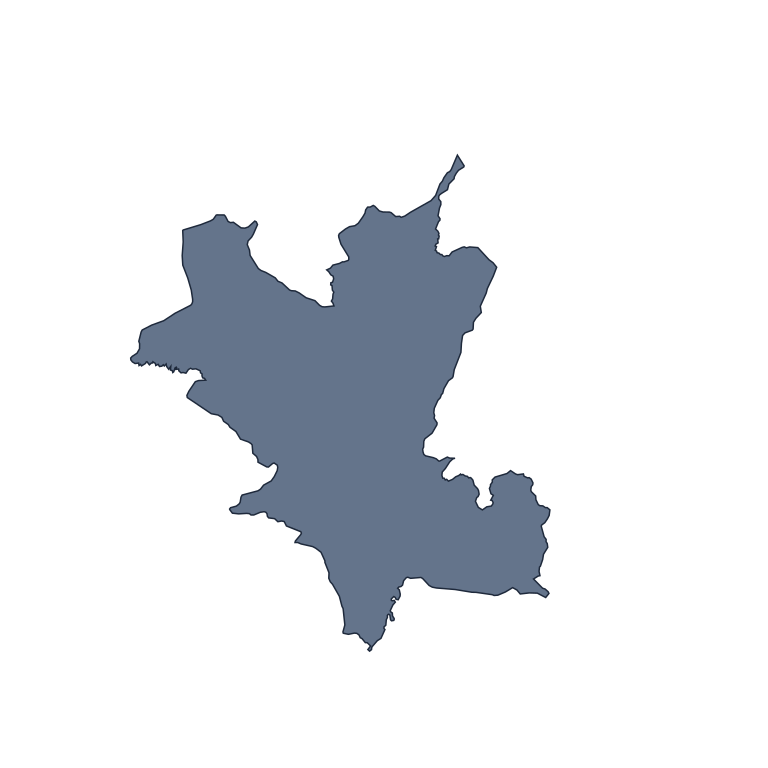 Lubudi, Katanga, Democratic Republic of the Congo, rotated 213°
{"feature_id": "63176286B52782039621830", "entity_name": "Lubudi", "entity_type": "district", "adm_level": 2, "iso_a3": "COD", "parent_name": "Democratic Republic of the Congo", "parent_adm1": "Katanga", "projection": "natural_earth1", "projection_center": [26.13, -10.358], "detail": "fine", "context": "isolated", "style": "filled", "palette": "slate", "viewbox_px": 768, "rotation_deg": 213, "n_neighbors": 0, "source": "geoboundaries", "source_scale": "gbopen_adm2", "svg_char_len": 6171}
<svg xmlns="http://www.w3.org/2000/svg" viewBox="0 0 768 768"><g transform="rotate(213 384 384)"><path d="M250.6,152.1L249.8,154.4L250.8,156.4L250.8,157.8L249.8,165.1L248.0,169.0L249.5,178.6L250.8,178.9L251.7,180.3L251.1,182.7L253.7,187.6L254.0,190.1L255.1,191.6L255.1,192.8L254.6,193.5L253.2,193.4L250.1,189.8L248.7,189.5L247.1,191.0L247.1,191.8L247.8,192.9L250.5,194.1L252.3,196.5L254.4,196.6L255.3,197.3L256.2,203.5L255.7,207.2L257.5,208.1L259.1,206.6L260.2,206.7L260.8,207.9L260.0,211.1L258.3,211.1L256.6,210.0L254.6,210.8L255.0,214.9L256.0,216.7L259.1,219.7L261.3,220.1L260.9,222.0L259.5,223.3L258.9,225.4L260.4,229.7L259.8,233.8L258.8,234.9L255.9,235.5L247.6,241.9L245.5,241.9L236.4,239.6L232.9,239.9L228.9,241.5L212.4,250.4L196.9,257.2L193.3,259.4L178.4,266.3L176.5,266.6L173.5,268.9L168.9,275.7L165.2,283.3L160.3,283.6L155.4,282.1L148.4,287.9L141.5,292.1L132.1,293.0L131.6,298.2L133.3,299.2L137.3,299.8L139.8,299.1L152.4,301.9L150.1,306.9L148.8,308.2L151.9,311.3L153.9,315.2L153.6,316.4L155.3,323.1L157.5,328.1L157.7,336.2L160.2,339.1L162.2,340.0L163.4,342.0L166.5,343.1L174.7,350.4L175.0,351.5L173.6,355.3L173.5,359.9L173.9,363.7L176.3,368.8L179.8,369.2L181.4,368.2L184.4,368.3L187.1,366.8L189.0,366.9L193.6,369.7L195.8,372.7L201.7,373.9L203.1,374.9L204.6,378.2L204.4,380.5L205.2,382.2L208.8,384.4L211.3,384.5L212.4,383.5L216.3,382.9L218.1,384.5L222.6,380.7L224.6,380.2L230.7,380.3L232.1,375.9L240.2,366.4L241.0,362.5L239.7,360.7L239.9,357.6L239.1,356.4L238.7,353.8L234.5,350.2L231.7,350.2L231.2,344.7L229.9,345.2L227.8,343.9L227.4,342.6L227.5,340.1L230.9,337.0L232.9,332.0L237.7,331.9L243.4,335.4L244.4,339.3L243.8,340.8L244.2,343.4L246.7,346.1L248.6,347.2L253.3,348.3L257.1,351.8L259.7,352.6L260.8,352.5L261.8,351.4L263.8,352.0L265.7,351.1L268.6,351.1L269.8,349.8L270.7,350.2L271.5,347.9L273.3,345.3L274.6,341.3L277.1,337.6L279.5,338.2L280.4,336.9L282.2,337.8L283.4,337.0L285.7,338.9L287.2,341.9L286.5,346.5L286.5,354.6L285.5,358.6L284.0,360.4L288.6,357.6L291.1,357.2L295.4,349.6L296.2,349.2L299.4,349.7L302.5,349.1L310.0,346.4L312.2,346.6L314.2,348.2L316.1,350.4L316.4,352.6L319.4,357.6L319.9,360.3L316.9,369.0L317.4,378.6L318.3,380.3L323.4,382.6L324.4,385.1L326.6,387.0L328.6,391.1L329.9,399.6L329.3,403.1L330.1,406.3L329.7,408.1L331.2,412.7L331.7,421.9L330.0,426.4L330.1,427.8L332.9,434.3L336.7,452.4L341.2,460.3L344.5,467.5L343.9,471.0L339.3,477.2L339.2,478.6L342.6,484.5L342.7,489.1L341.3,496.9L345.6,501.7L347.8,515.9L349.3,520.3L351.1,533.9L353.1,543.3L358.6,545.1L363.6,545.4L379.6,549.5L386.8,545.6L389.0,543.1L391.4,542.7L392.9,541.1L398.8,531.8L399.2,527.0L401.3,525.8L402.8,523.8L404.4,523.5L406.0,524.1L407.2,523.3L409.3,523.7L411.0,523.0L412.3,524.1L413.8,524.0L414.8,527.8L416.3,527.6L416.6,529.6L415.5,531.8L418.0,534.9L417.2,535.5L418.3,538.1L419.5,538.6L419.9,540.2L422.1,541.5L425.2,542.1L426.7,549.9L426.3,551.7L427.0,553.1L430.3,554.5L433.3,561.8L434.0,565.4L435.7,567.9L438.8,568.9L440.3,571.2L440.4,572.8L439.6,575.1L436.6,581.5L438.5,587.0L437.0,594.3L437.9,596.2L438.2,600.2L437.9,603.8L435.3,609.5L435.6,610.6L447.1,615.9L444.4,600.4L444.6,597.9L445.9,595.7L446.1,589.6L445.5,585.9L446.0,582.3L443.4,570.3L444.4,563.4L455.3,542.5L458.0,536.2L460.4,533.1L462.2,533.2L465.4,530.8L471.4,531.6L473.1,531.1L478.5,527.7L482.2,526.6L488.4,528.0L490.3,527.9L491.9,524.9L494.1,523.4L494.2,520.0L493.0,517.0L492.8,512.7L493.1,504.8L494.6,500.9L498.6,497.2L500.7,493.1L503.3,485.8L503.0,483.9L501.8,482.4L496.2,477.8L482.8,471.4L481.4,469.3L481.3,468.2L484.0,464.7L485.4,463.8L487.0,460.9L491.6,455.9L492.0,452.0L494.2,448.5L491.5,448.1L488.1,446.6L485.4,446.7L483.5,444.8L482.6,441.3L483.7,440.0L482.7,438.1L481.2,438.2L478.4,434.6L476.1,433.7L475.7,431.6L473.4,427.3L473.3,424.9L470.8,424.0L468.5,422.2L475.6,416.4L478.0,415.1L480.9,414.9L487.3,416.3L496.3,413.9L504.7,414.2L509.1,413.7L512.5,411.8L514.4,411.4L524.6,413.2L528.9,412.4L533.0,413.8L543.9,413.2L549.0,412.2L552.3,412.4L566.3,418.9L569.8,423.1L574.6,426.4L575.9,429.9L575.0,435.0L575.2,438.6L576.9,448.8L579.4,450.4L581.1,450.3L583.3,441.9L585.5,439.0L588.9,437.1L598.4,437.6L600.7,435.7L603.3,435.4L608.4,438.3L610.1,438.7L616.1,434.9L616.7,434.3L616.9,429.2L618.3,426.4L624.5,417.8L636.3,403.8L636.4,403.1L629.8,393.8L623.2,381.8L617.5,374.1L606.3,366.0L596.8,357.8L590.7,350.9L589.3,348.8L588.8,346.7L589.0,344.8L597.8,329.5L603.2,317.1L610.9,306.9L616.2,297.6L616.0,295.3L612.9,286.3L610.9,284.7L608.2,280.4L607.9,275.3L610.2,270.1L610.6,267.8L609.4,266.3L607.0,265.5L603.9,265.6L601.2,267.9L599.5,266.1L598.9,267.8L597.2,267.1L595.2,271.4L595.4,272.9L594.9,273.6L591.2,272.3L590.5,274.9L589.5,275.6L589.9,276.8L586.9,276.7L585.5,275.2L584.1,277.5L581.8,276.4L580.0,278.0L579.6,279.9L578.1,279.4L577.6,282.1L575.8,280.3L572.6,279.1L572.4,282.6L570.7,279.4L568.8,279.9L567.4,278.6L567.0,279.7L568.0,283.6L567.4,285.0L566.9,284.8L566.5,282.9L564.4,284.7L563.2,283.3L560.3,282.8L558.8,284.2L556.0,285.2L555.9,289.6L554.8,291.8L552.7,292.1L550.0,294.3L545.4,295.0L544.0,293.5L542.0,293.3L541.1,291.7L539.4,290.4L537.6,291.0L535.6,290.1L541.4,285.9L543.5,283.2L543.7,271.7L543.1,267.1L541.6,265.5L512.7,265.0L506.3,267.6L501.8,267.7L498.2,265.4L492.5,265.2L489.6,263.8L482.3,263.5L474.3,259.6L466.1,261.6L463.1,261.6L461.4,261.1L456.3,254.5L451.4,253.8L448.6,252.0L447.1,249.8L437.2,250.6L435.7,251.4L434.1,256.7L433.1,257.9L429.3,257.8L427.7,256.2L426.4,253.2L425.6,246.6L425.8,241.3L429.9,233.6L430.3,228.6L431.5,225.8L442.5,213.6L442.3,211.2L440.2,206.4L440.2,204.5L441.3,201.2L445.3,196.7L445.4,195.0L444.9,194.6L440.8,193.1L435.2,195.9L428.7,200.7L426.2,202.0L424.2,201.7L421.8,203.3L417.9,209.0L415.0,211.6L413.3,212.1L411.6,211.6L409.7,209.5L407.8,208.9L402.4,211.5L398.0,210.7L395.3,213.3L392.8,214.3L388.5,211.8L373.3,214.8L372.1,214.0L371.8,212.4L372.8,204.0L372.3,202.6L369.9,204.1L366.4,204.7L355.3,208.8L351.9,209.1L345.2,208.6L337.2,203.5L336.4,202.2L327.3,195.7L324.5,191.0L321.4,188.9L318.1,188.0L305.9,181.7L298.2,174.7L296.0,173.4L285.6,160.6L283.4,153.7L282.4,152.8L277.5,154.7L273.1,159.0L270.9,160.1L268.2,159.9L265.8,158.3L263.7,158.5L258.8,156.9L257.2,157.9L252.6,157.0L252.9,152.5L250.6,152.1Z" fill="#64748b" stroke="#1e293b" stroke-width="1.5"/></g></svg>